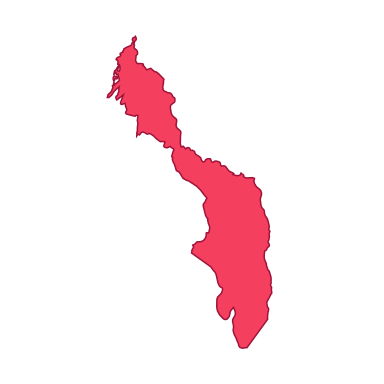 SVG path tracing the border of Bolívar, rotated 353°
{"feature_id": "COL-1413", "entity_name": "Bolívar", "entity_type": "Department", "adm_level": 1, "iso_a3": "COL", "parent_name": "Colombia", "parent_adm1": "", "projection": "robinson", "projection_center": [-74.836, 8.903], "detail": "fine", "context": "isolated", "style": "filled", "palette": "rose", "viewbox_px": 384, "rotation_deg": 353, "n_neighbors": 0, "source": "natural_earth", "source_scale": "10m", "svg_char_len": 5978}
<svg xmlns="http://www.w3.org/2000/svg" viewBox="0 0 384 384"><g transform="rotate(353 192 192)"><path d="M128.6,91.5L128.0,90.1L128.0,88.4L128.7,87.5L129.3,87.3L129.8,87.0L130.8,84.7L131.6,83.3L131.8,82.4L132.0,79.8L132.4,78.9L130.0,80.4L126.9,82.7L123.9,86.2L120.9,88.1L119.5,87.9L120.6,85.0L123.7,82.9L124.9,81.2L125.3,80.2L126.0,79.2L126.2,78.2L125.9,77.2L126.1,76.5L127.8,76.5L127.4,75.8L127.3,75.1L127.4,74.4L127.8,73.7L128.4,75.4L129.9,75.0L132.6,73.1L133.5,72.3L133.4,70.4L133.0,68.1L132.9,66.1L132.4,66.1L131.7,66.6L131.4,66.0L130.8,63.8L130.3,63.8L129.9,65.1L129.5,65.4L128.8,65.6L129.8,62.6L130.2,62.1L131.1,61.7L131.6,61.2L133.7,58.5L134.4,58.0L134.1,59.4L133.3,61.2L133.0,62.6L134.2,63.3L135.1,62.5L135.6,60.7L135.7,58.6L135.5,56.9L135.2,56.5L133.9,56.3L133.9,55.8L134.4,54.5L134.3,52.6L134.1,51.9L133.1,51.7L132.8,51.3L133.2,50.5L133.9,49.7L134.7,49.3L135.5,49.2L136.5,48.8L137.3,48.3L138.0,47.6L138.0,47.1L137.4,46.3L137.5,45.9L139.2,45.0L139.8,45.0L140.3,44.8L140.5,43.8L140.8,43.8L141.3,43.0L141.8,42.2L141.8,41.7L144.1,40.6L149.0,39.2L149.7,38.6L150.5,37.2L151.0,36.4L151.5,36.3L152.3,36.7L152.6,36.9L152.8,37.4L152.3,38.0L152.3,38.3L152.8,38.9L152.8,39.3L152.2,40.5L152.2,41.3L152.3,42.3L154.4,44.5L154.8,45.5L154.9,46.1L154.9,47.9L154.7,48.5L154.4,48.9L153.7,49.3L153.0,50.0L152.9,51.1L152.0,54.4L152.2,55.5L152.9,56.9L152.9,57.2L153.2,57.6L153.7,57.9L156.6,58.2L158.8,58.8L159.1,59.0L159.3,59.6L158.7,60.6L159.8,61.4L161.9,65.2L166.1,64.2L169.5,67.9L171.2,68.5L173.1,70.3L177.9,76.6L177.4,77.8L176.9,80.7L175.9,83.5L175.7,85.2L176.0,87.6L176.9,88.6L178.1,89.1L179.5,90.2L180.1,90.5L182.3,91.0L182.8,91.4L183.9,92.8L184.8,95.4L185.1,95.7L186.1,96.3L186.4,97.1L186.2,99.3L185.8,100.5L184.8,101.2L182.2,102.7L181.4,103.4L181.0,104.5L180.8,106.4L180.9,110.3L181.2,112.0L181.8,113.7L182.5,114.7L185.1,117.4L185.6,118.8L185.2,120.6L184.6,122.5L184.3,124.1L184.6,125.8L185.2,127.0L187.1,129.0L188.1,130.4L188.2,131.7L187.4,135.1L186.3,142.7L186.7,145.9L188.9,145.5L191.0,148.5L191.9,147.8L192.9,147.5L193.9,147.5L194.8,148.1L195.2,148.7L195.5,150.0L195.8,150.4L196.3,150.6L197.2,150.6L197.6,150.7L198.9,151.5L199.4,152.0L199.6,152.8L199.7,153.8L200.1,154.6L200.6,155.3L203.6,157.7L204.8,159.1L205.4,161.8L205.9,162.7L206.6,163.3L207.3,163.6L208.1,163.5L208.5,163.0L209.4,161.7L210.6,161.1L211.8,160.9L214.2,161.2L214.5,161.7L215.0,163.9L215.5,164.7L216.4,165.1L217.1,164.9L217.7,164.4L218.5,164.1L219.9,164.3L221.6,164.9L223.0,165.7L223.6,166.7L223.8,169.0L224.3,169.8L227.1,169.9L228.5,170.8L230.4,174.3L231.6,176.0L234.7,177.9L235.7,178.9L234.8,179.7L236.9,180.7L239.5,181.4L241.7,181.1L243.0,179.2L243.7,180.1L244.8,180.9L245.4,181.9L245.0,183.2L247.4,184.7L253.7,185.1L255.7,186.1L254.8,188.6L255.0,191.1L255.9,193.3L257.0,195.1L259.6,197.7L260.5,199.3L260.9,201.7L260.5,203.6L259.1,206.7L258.8,208.4L258.9,214.0L259.3,215.7L259.8,216.6L261.1,218.4L261.4,219.4L261.4,222.3L261.7,224.2L263.4,227.6L263.9,229.6L264.5,235.5L264.2,236.9L263.6,238.1L263.7,238.9L264.2,239.6L264.5,240.6L264.3,241.1L263.7,242.2L263.4,242.9L263.4,245.5L263.2,246.4L262.6,248.1L262.4,249.0L261.6,250.0L261.4,250.4L261.5,250.9L261.8,251.7L262.3,254.0L262.2,254.8L261.4,255.7L260.6,256.0L259.9,256.7L258.8,258.6L257.0,259.5L256.3,262.0L255.8,264.6L255.7,266.2L255.8,267.8L257.1,272.5L256.9,273.6L257.9,278.6L258.6,279.4L259.0,280.2L259.9,285.2L260.0,287.1L259.4,291.9L259.1,292.9L258.6,293.5L258.5,294.2L259.4,296.2L258.9,298.5L258.9,301.4L258.6,302.6L257.6,303.2L257.3,304.0L253.2,309.9L252.7,311.1L252.8,314.5L252.9,315.3L253.6,316.4L253.8,317.4L253.7,318.2L252.8,320.5L251.9,324.1L251.5,327.6L227.5,353.3L226.1,353.0L223.9,353.2L222.5,353.0L220.7,352.1L219.9,350.9L219.3,347.2L218.5,344.8L217.9,342.1L216.6,338.7L216.1,336.1L216.0,334.0L216.8,331.2L216.8,327.8L216.5,325.8L216.8,323.9L217.3,322.8L219.6,319.8L220.0,318.5L220.4,316.4L219.1,311.6L216.2,314.3L215.3,315.8L214.1,319.5L213.1,320.8L211.4,322.4L209.9,322.7L208.4,322.3L206.9,320.7L204.4,317.2L202.9,313.5L202.6,311.3L202.6,308.7L203.6,301.7L204.5,299.6L206.1,298.2L207.7,297.1L209.1,295.6L210.3,293.2L210.5,291.7L210.1,290.7L208.3,289.4L207.4,287.7L206.7,285.3L205.9,276.8L205.1,274.4L204.3,273.4L203.0,271.2L201.6,268.6L184.1,252.5L184.6,251.1L184.7,250.1L185.1,249.3L186.6,247.3L186.7,246.7L186.3,244.7L188.2,244.3L190.4,242.4L191.2,242.1L193.7,242.3L195.6,242.2L197.3,241.6L198.9,240.3L200.0,238.9L200.8,236.9L201.1,234.8L201.3,234.2L201.6,234.1L202.2,234.4L203.5,234.5L204.0,233.5L205.1,230.3L205.3,229.3L205.1,227.8L204.4,224.9L204.2,222.4L204.2,220.6L204.4,220.2L203.5,219.2L202.6,216.7L201.4,206.9L202.0,205.1L203.9,203.3L204.9,201.3L205.9,200.2L205.9,199.5L205.4,198.7L204.4,197.5L200.7,191.1L197.2,186.7L190.0,180.6L188.0,179.7L184.8,177.4L182.0,171.2L180.7,169.9L180.0,169.6L179.2,168.9L178.9,168.1L178.7,166.9L178.6,165.8L177.9,162.2L176.9,159.7L176.6,158.2L176.5,157.2L176.9,155.6L176.2,154.5L176.4,153.7L178.0,149.8L179.3,147.5L178.9,146.8L178.3,146.5L176.8,145.3L176.1,144.1L175.5,144.2L174.6,144.6L172.9,145.1L171.4,144.8L170.3,144.2L169.8,143.7L169.6,143.0L171.2,138.9L169.0,138.3L166.8,138.2L165.9,137.5L162.7,134.3L161.2,132.2L158.2,129.4L157.1,128.9L156.2,128.8L155.3,129.1L154.3,129.0L152.1,127.2L150.7,126.6L149.6,126.5L148.7,127.0L146.9,128.9L145.3,128.2L144.0,129.7L144.6,125.9L145.2,124.9L145.5,122.2L145.8,120.6L146.5,118.0L146.7,116.7L146.4,114.6L147.0,112.0L147.5,110.6L147.5,109.3L145.9,109.1L144.9,109.8L143.9,109.6L138.0,107.3L136.2,106.4L135.8,105.5L135.9,104.7L137.0,103.1L137.3,102.2L137.3,101.5L136.7,99.9L136.5,98.9L136.4,95.9L135.1,96.0L133.9,96.5L132.8,96.5L132.1,96.1L131.9,95.3L132.3,93.9L135.7,87.2L128.6,91.5ZM154.8,34.7L154.8,34.3L153.6,35.4L153.3,36.0L151.8,35.1L151.3,33.5L152.0,32.0L154.6,31.0L154.8,30.7L155.1,31.3L155.4,33.3L154.8,34.7ZM128.2,68.1L129.0,67.3L129.6,67.7L130.5,68.2L131.8,68.6L132.0,69.6L131.2,70.6L129.6,70.2L129.0,70.6L128.8,71.7L128.5,72.3L127.9,72.3L127.6,71.3L127.5,69.9L127.8,68.8L128.2,68.1Z" fill="#f43f5e" stroke="#9f1239" stroke-width="1.5"/></g></svg>